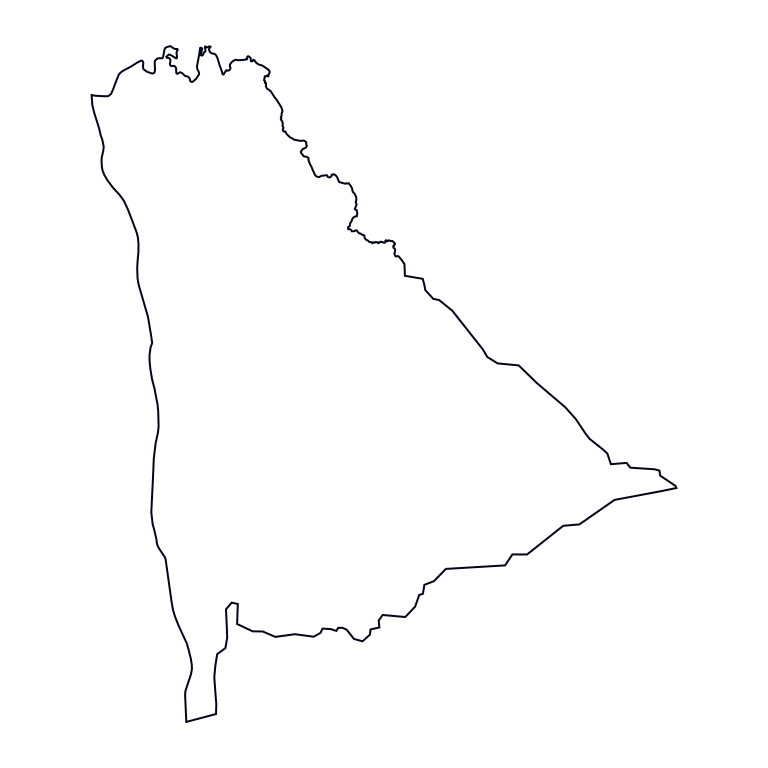 the district of San Javier, Río Negro, Uruguay
{"feature_id": "84410073B27439401381300", "entity_name": "San Javier", "entity_type": "district", "adm_level": 2, "iso_a3": "URY", "parent_name": "Uruguay", "parent_adm1": "Río Negro", "projection": "equal_earth", "projection_center": [-58.06, -32.653], "detail": "fine", "context": "isolated", "style": "outline", "palette": "ink", "viewbox_px": 768, "rotation_deg": 0, "n_neighbors": 0, "source": "geoboundaries", "source_scale": "gbopen_adm2", "svg_char_len": 5935}
<svg xmlns="http://www.w3.org/2000/svg" viewBox="0 0 768 768"><path d="M321.6,175.8L319.0,177.1L317.3,176.8L315.9,176.0L314.7,174.5L314.3,173.2L313.0,170.7L311.2,166.1L310.2,164.8L309.8,163.3L308.9,161.8L308.8,160.7L308.3,159.7L308.7,158.3L308.3,157.7L305.9,156.6L304.7,156.6L303.2,155.8L302.6,154.6L301.4,153.5L300.8,151.9L302.1,149.8L303.1,148.9L305.8,147.7L306.7,146.2L306.8,145.5L306.4,145.1L306.1,143.8L306.3,143.0L306.2,142.3L305.9,141.8L304.1,140.7L302.9,140.6L300.3,140.9L293.6,139.5L292.0,138.1L290.5,137.7L288.3,135.7L286.4,133.7L285.4,131.5L283.7,131.5L282.9,130.3L282.8,129.5L283.5,127.8L282.5,125.9L282.8,123.6L282.4,122.0L281.8,120.7L280.9,119.6L281.3,118.4L280.8,117.4L281.5,116.1L281.7,113.0L282.2,112.0L282.4,110.5L281.4,107.4L276.8,100.0L274.4,97.0L270.8,91.3L269.7,90.6L269.2,89.9L267.4,89.0L266.7,88.1L265.9,86.3L265.8,85.6L266.1,85.0L265.9,83.0L264.9,82.8L264.9,81.0L264.1,80.3L264.2,79.2L264.9,77.3L264.6,76.8L264.9,76.3L266.7,76.1L267.1,75.6L268.1,76.4L268.4,76.2L268.5,74.7L269.4,73.1L269.7,72.1L269.4,70.8L268.8,70.0L262.9,65.9L261.6,65.3L258.7,64.5L257.3,63.6L255.9,62.4L254.5,60.4L253.9,59.9L253.3,59.9L252.4,61.3L251.1,61.2L250.8,60.8L250.8,58.9L250.5,57.9L249.2,56.7L248.4,56.3L247.7,56.4L247.2,56.8L247.2,58.9L246.9,59.4L245.9,59.1L245.3,59.6L244.4,59.8L241.1,60.1L237.5,60.2L236.1,59.7L234.7,60.1L232.9,61.1L231.4,62.5L230.3,63.9L229.8,65.2L229.9,66.5L230.5,67.8L230.3,68.8L229.7,69.8L229.0,70.3L228.1,70.6L227.3,70.6L226.6,70.2L225.5,71.3L223.6,74.4L222.8,74.4L222.4,73.9L222.0,71.8L219.5,64.9L217.6,58.4L216.6,56.1L215.4,54.5L214.3,53.8L212.4,53.6L210.9,52.8L209.7,51.7L209.0,49.5L209.2,48.6L209.6,47.9L210.4,47.3L210.5,46.7L209.3,46.3L207.3,47.3L206.3,47.1L205.6,46.5L205.1,46.6L204.9,47.8L205.4,49.1L205.4,51.3L203.6,52.9L203.3,54.4L202.9,55.0L201.9,55.6L201.0,55.3L200.8,54.5L201.2,53.2L201.5,51.0L202.1,49.8L202.2,48.8L201.7,48.0L200.5,47.7L200.2,47.9L199.9,49.8L198.9,56.1L197.1,65.6L197.0,67.5L197.7,70.0L198.6,71.5L199.1,73.1L199.0,74.4L196.2,78.7L192.6,81.9L191.3,81.9L190.2,81.0L189.8,78.7L188.6,77.1L187.8,76.6L185.0,75.9L182.8,73.7L181.2,72.6L180.0,72.3L177.2,73.8L176.6,73.5L176.2,72.3L176.1,68.3L175.7,67.3L174.8,66.3L173.7,65.8L171.5,66.1L170.2,65.2L169.9,63.7L170.5,60.6L170.2,59.4L169.4,58.3L168.2,57.9L166.9,57.8L166.3,56.8L168.8,54.6L169.7,54.6L171.6,55.5L175.9,58.3L176.5,58.3L176.9,58.0L176.9,55.3L176.5,53.4L176.8,51.2L177.7,50.0L177.3,49.0L175.0,49.0L172.8,47.8L170.2,46.1L166.8,47.1L165.3,47.9L164.5,49.6L163.0,57.5L162.1,58.3L159.1,58.2L158.0,58.4L156.1,59.5L154.8,61.1L154.7,63.4L155.0,70.1L154.7,72.0L153.8,73.1L152.5,73.6L151.1,73.2L147.3,71.9L144.4,69.9L143.3,68.8L142.9,66.9L143.3,63.1L143.0,61.7L142.2,60.8L141.2,60.6L137.0,62.7L131.3,66.4L122.8,70.9L120.5,72.7L118.8,74.6L115.1,83.9L113.1,89.4L111.1,93.9L108.1,96.2L103.9,96.2L95.9,95.8L91.6,95.1L92.3,104.9L94.2,112.7L99.0,128.0L100.8,135.7L102.1,139.1L102.9,142.4L103.7,146.7L103.3,150.6L101.6,158.2L101.6,163.0L102.0,167.8L102.6,170.7L104.3,174.9L107.5,180.4L113.4,188.2L119.3,194.5L123.9,200.8L127.9,209.5L130.7,216.7L136.7,232.6L138.0,237.9L138.5,244.3L138.4,252.2L137.6,261.0L137.2,267.8L137.5,277.7L138.1,281.9L138.8,285.3L148.0,316.9L151.0,334.9L152.2,342.9L150.6,347.3L149.5,355.6L149.6,361.1L150.3,368.5L152.1,379.5L154.5,388.6L157.5,404.3L158.2,410.8L158.6,426.3L158.0,432.4L155.6,443.5L153.8,458.4L153.0,477.6L151.3,512.2L152.6,523.9L154.3,530.1L156.6,540.3L156.7,542.5L157.5,545.4L159.0,548.4L164.9,557.3L165.6,559.3L171.7,602.7L173.1,610.3L175.1,616.8L178.7,625.9L186.7,643.2L188.7,650.0L190.8,658.6L191.8,664.8L191.9,669.3L191.0,674.2L185.4,691.1L185.1,694.9L186.3,721.9L216.0,714.0L216.3,704.6L214.3,677.5L215.3,666.0L217.2,654.1L225.4,648.1L227.2,637.8L226.7,624.4L226.0,609.3L231.7,602.6L237.8,604.0L237.1,624.0L252.6,631.3L262.8,631.5L275.4,636.9L294.8,634.2L313.7,636.7L320.5,632.9L322.5,628.6L330.9,629.1L336.3,630.9L338.3,627.8L342.5,627.8L346.8,629.8L353.9,638.9L362.5,641.3L369.9,634.7L370.5,629.5L379.4,627.4L378.7,620.6L382.6,615.0L405.3,617.0L415.1,606.7L419.2,595.0L422.9,593.8L424.4,584.8L433.9,581.2L445.9,568.9L505.1,565.4L512.4,554.4L527.0,554.5L563.2,525.8L579.4,524.4L614.5,499.9L662.9,490.8L676.4,488.0L675.5,485.9L660.1,475.6L659.5,470.6L654.7,469.3L630.3,467.7L626.6,462.9L610.9,464.2L607.3,453.4L601.9,448.6L589.7,439.0L585.5,433.6L575.7,418.9L565.2,407.2L537.0,383.2L518.7,365.4L497.6,363.4L487.3,357.0L482.7,349.2L452.2,310.6L439.0,300.0L433.3,298.9L425.3,290.1L424.2,284.1L422.7,278.8L404.9,275.8L404.5,264.2L401.1,259.2L398.7,256.5L397.6,256.0L396.5,256.4L395.8,256.4L395.1,255.7L394.5,254.2L394.5,252.8L395.1,251.4L395.1,249.4L394.6,248.5L393.7,248.0L393.3,247.0L393.2,246.3L393.6,245.7L394.2,245.6L394.4,244.3L394.9,244.1L394.8,243.3L394.0,242.7L393.3,241.7L392.3,241.0L390.3,241.0L389.1,240.3L388.3,240.5L388.0,241.1L387.0,241.3L386.7,240.7L386.2,240.3L385.7,240.4L385.3,241.0L385.4,241.7L385.2,242.3L384.5,242.8L382.9,242.4L382.4,242.0L381.7,242.1L381.1,241.7L379.4,242.2L378.8,243.1L378.0,243.1L377.5,242.3L375.6,242.0L374.7,242.7L372.9,242.3L372.5,243.1L372.2,243.1L372.0,242.7L371.3,242.4L370.3,242.0L369.1,241.8L367.9,240.6L365.6,239.4L364.9,238.1L364.4,236.9L364.4,235.6L363.1,234.8L362.4,235.0L361.5,234.2L360.3,233.5L359.1,233.3L357.3,231.3L356.7,230.4L355.4,230.4L354.3,231.2L351.9,231.3L351.1,230.0L349.9,229.1L348.4,229.3L348.0,228.4L348.2,227.1L349.8,226.0L350.1,223.3L351.3,221.8L352.3,219.0L353.6,217.3L355.9,216.2L356.8,216.3L357.3,213.4L356.6,210.0L355.4,209.7L354.8,209.1L356.4,205.1L356.4,203.6L355.7,202.3L356.4,199.8L356.1,196.8L355.0,194.5L353.6,192.5L352.8,192.0L352.0,188.3L350.8,186.0L348.8,183.3L347.3,183.6L346.2,183.2L345.6,183.6L345.0,183.7L340.7,182.4L339.6,182.3L339.2,182.0L337.9,179.3L337.3,177.4L336.5,176.3L335.7,175.3L333.8,174.2L333.2,174.3L332.5,174.8L331.9,174.7L331.5,175.4L331.3,176.3L330.7,176.9L329.7,177.4L328.6,177.3L327.7,176.9L327.3,175.6L327.0,175.3L326.5,175.2L321.6,175.8Z" fill="none" stroke="#020617" stroke-width="2"/></svg>